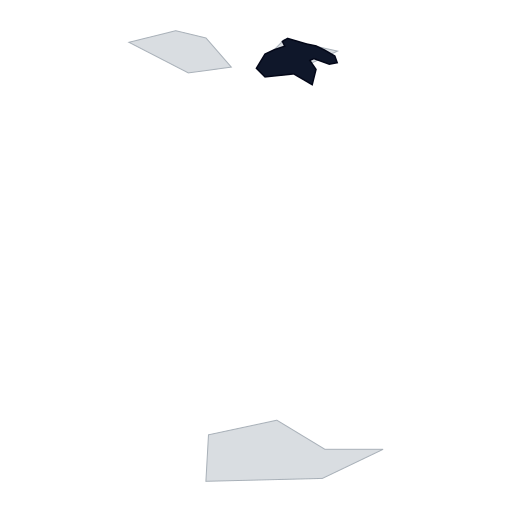 United States Virgin Islands, with Saint John highlighted
{"feature_id": "VIR-4869", "entity_name": "Saint John", "entity_type": "state/province", "adm_level": 1, "iso_a3": "VIR", "parent_name": "United States Virgin Islands", "parent_adm1": "", "projection": "robinson", "projection_center": [-64.723, 18.338], "detail": "fine", "context": "in_parent", "style": "filled", "palette": "ink", "viewbox_px": 512, "rotation_deg": 0, "n_neighbors": 0, "source": "natural_earth", "source_scale": "10m", "svg_char_len": 621}
<svg xmlns="http://www.w3.org/2000/svg" viewBox="0 0 512 512"><path d="M276.8,420.2L324.9,449.3L383.1,449.3L322.4,478.4L205.9,481.3L208.5,434.8L276.8,420.2ZM231.3,67.1L188.3,72.9L128.9,42.3L175.7,30.7L206.0,38.0L231.3,67.1ZM337.5,51.1L299.6,68.5L274.0,66.1L264.2,59.8L284.4,39.4L337.5,51.1Z" fill="#d9dde1" stroke="#a8b0b8" stroke-width="1"/><path d="M313.9,58.6L309.8,60.4L316.0,69.4L312.2,84.7L293.7,73.9L265.0,76.9L256.4,68.3L265.0,54.1L274.5,49.6L284.8,46.2L282.4,41.4L287.6,38.4L306.7,44.0L316.0,45.9L324.5,50.0L334.8,56.0L337.2,62.7L329.3,64.2L313.9,58.6Z" fill="#0f172a" stroke="#020617" stroke-width="1.5"/></svg>